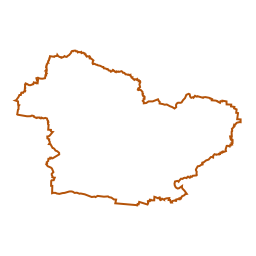 the district of Sam Chuk, Suphan Buri, Thailand
{"feature_id": "78962969B87742796188893", "entity_name": "Sam Chuk", "entity_type": "district", "adm_level": 2, "iso_a3": "THA", "parent_name": "Thailand", "parent_adm1": "Suphan Buri", "projection": "orthographic", "projection_center": [100.056, 14.761], "detail": "fine", "context": "isolated", "style": "outline", "palette": "amber", "viewbox_px": 256, "rotation_deg": 0, "n_neighbors": 0, "source": "geoboundaries", "source_scale": "gbopen_adm2", "svg_char_len": 5701}
<svg xmlns="http://www.w3.org/2000/svg" viewBox="0 0 256 256"><path d="M50.0,56.2L49.6,58.4L49.3,58.4L48.9,60.5L48.4,60.7L47.9,62.4L48.1,62.7L47.8,62.7L47.1,64.4L46.8,64.4L46.6,65.8L46.4,65.7L46.2,66.3L46.1,67.1L46.5,67.1L46.7,69.9L46.3,69.8L45.8,70.4L46.7,70.4L46.4,72.3L46.1,72.4L46.7,73.4L46.0,73.6L46.1,75.3L45.5,75.2L45.0,78.2L42.6,78.7L40.6,78.6L38.8,78.2L37.9,77.7L36.4,78.2L36.9,80.0L38.0,80.0L37.6,83.3L37.1,83.2L37.0,82.5L36.4,82.4L36.2,83.2L33.8,82.4L33.3,84.2L32.5,84.2L32.1,84.6L30.3,85.2L28.9,85.1L27.6,84.3L26.5,84.2L26.6,83.8L25.6,83.4L25.2,84.2L25.5,84.3L25.1,85.2L24.9,88.1L25.2,88.2L24.7,89.7L24.8,90.9L25.2,90.9L25.1,91.4L24.0,91.5L23.1,92.8L22.3,92.5L21.6,92.6L21.5,93.1L21.2,93.1L20.8,95.0L19.4,95.0L18.5,97.0L16.2,100.2L15.4,100.5L18.0,101.4L18.2,104.9L19.2,105.2L18.9,105.7L18.5,105.7L18.5,109.2L18.0,109.7L17.2,114.4L17.7,114.7L27.1,116.3L30.8,116.2L31.4,115.7L32.7,115.7L33.8,116.1L33.8,116.7L36.4,118.0L36.9,117.6L37.3,117.8L37.7,117.5L39.3,117.5L39.5,117.9L40.7,118.4L41.6,118.2L41.6,117.7L43.4,118.4L45.3,117.9L47.0,118.5L47.4,120.1L48.1,120.9L48.3,121.9L47.9,121.9L47.9,122.7L48.1,124.4L48.6,124.7L48.2,129.7L50.9,129.9L50.8,130.9L51.7,131.9L52.7,132.0L49.6,135.7L48.4,136.4L47.3,136.5L47.4,138.4L49.2,139.3L49.0,140.5L49.7,141.6L49.8,142.8L49.0,144.1L50.5,144.2L52.6,148.0L53.3,148.1L54.3,148.8L55.5,150.6L57.0,151.1L58.3,152.1L59.1,152.9L59.2,154.4L52.5,158.4L51.5,158.2L51.3,157.7L50.2,157.7L50.2,158.7L48.4,158.8L48.2,161.0L46.7,162.3L47.1,163.6L46.2,164.2L47.7,166.2L50.9,167.6L51.9,168.5L53.4,172.1L51.7,173.9L51.8,175.1L52.5,176.4L52.3,177.2L53.4,177.6L54.7,177.7L53.7,180.2L51.7,180.3L51.2,181.0L51.1,185.8L52.3,185.9L52.1,193.2L53.5,192.8L55.6,192.9L56.8,193.5L59.4,193.9L62.5,193.1L64.6,192.9L69.3,191.5L71.1,191.4L72.7,191.7L74.6,192.9L76.9,192.7L79.5,193.7L80.7,193.5L84.7,194.3L91.7,197.0L94.6,196.6L95.5,197.1L97.6,195.9L104.0,196.7L108.0,196.4L109.1,197.2L111.4,197.6L113.8,199.4L116.1,199.6L115.3,203.3L136.3,205.1L136.9,205.4L137.3,205.4L137.6,204.0L138.7,204.2L139.2,201.9L147.5,204.5L148.1,203.4L147.9,201.1L148.2,201.0L148.6,201.5L149.8,201.2L149.9,199.7L150.8,199.8L150.8,200.3L154.2,200.3L154.4,196.8L155.9,197.3L157.6,198.2L159.7,197.4L160.3,198.7L159.6,199.0L160.4,200.1L161.4,199.7L162.1,198.7L163.9,199.7L163.8,199.3L166.3,198.4L169.2,198.1L168.7,200.0L170.1,199.9L170.8,202.5L172.0,202.5L171.7,201.6L172.6,201.0L174.8,200.4L175.4,200.9L176.1,200.9L176.2,199.5L177.9,199.1L179.5,199.3L179.5,198.4L180.5,198.7L180.6,198.0L181.1,198.1L181.9,196.4L184.4,195.2L185.1,194.2L186.8,193.9L184.4,190.6L182.4,188.6L181.9,187.2L182.0,186.1L178.9,188.3L177.5,188.5L175.8,187.4L174.8,185.5L174.5,183.7L175.0,181.5L177.3,180.9L178.0,181.1L178.6,181.7L179.1,180.8L181.0,178.7L182.6,178.9L183.5,178.1L184.9,177.7L186.6,178.1L187.0,177.4L188.0,176.6L189.6,177.7L190.3,177.5L190.6,176.4L191.9,176.8L192.7,175.8L196.5,175.4L196.8,175.0L196.5,173.6L196.7,171.7L196.0,170.4L195.9,169.5L197.7,166.3L199.5,166.0L201.4,164.7L202.6,164.5L202.7,164.0L202.1,163.1L202.3,162.6L203.7,162.3L206.1,160.4L208.6,159.6L210.8,157.1L211.8,157.0L213.1,157.5L213.2,155.7L214.5,154.2L216.2,154.7L216.3,154.5L219.0,154.4L219.0,153.9L220.1,154.0L220.3,152.7L221.6,152.8L221.7,152.1L222.8,151.9L222.8,151.5L223.2,151.5L223.3,152.1L226.0,151.1L225.6,149.4L226.7,145.9L227.9,145.8L229.7,146.5L230.3,144.8L230.9,145.1L231.1,144.5L232.0,144.5L231.6,143.1L232.5,143.1L232.6,140.9L231.8,140.7L231.6,140.0L231.9,139.7L230.8,139.5L230.6,138.8L231.5,138.6L231.5,137.8L230.4,137.8L230.1,136.4L231.8,136.2L231.6,132.9L231.7,131.4L232.1,131.2L232.2,130.1L231.9,128.9L234.3,126.5L233.8,126.0L234.2,124.6L235.0,124.9L236.6,122.9L237.4,122.6L239.5,122.1L240.6,122.2L240.6,119.4L237.2,119.2L238.0,113.1L236.2,112.8L236.6,109.4L234.1,108.4L234.4,106.9L231.0,106.4L231.2,104.6L226.6,104.4L226.5,101.4L222.4,100.7L222.3,101.4L220.5,101.2L220.0,102.8L217.3,101.4L217.3,101.1L215.8,100.6L211.8,100.3L212.1,99.1L210.5,98.7L210.6,98.4L209.1,97.8L205.4,97.1L202.7,97.4L202.7,97.7L197.4,96.2L197.1,96.6L196.3,96.6L195.0,95.8L193.5,97.7L193.0,97.2L191.3,97.8L190.7,97.4L190.1,96.4L189.7,94.3L188.7,93.8L186.4,94.8L185.0,98.1L183.0,100.2L181.6,102.4L180.6,102.8L178.1,102.7L176.8,103.5L176.0,105.0L176.2,107.2L174.5,108.5L172.3,107.1L170.1,106.3L166.8,104.5L164.6,104.7L162.9,104.1L159.6,103.5L159.7,101.9L158.7,100.9L158.0,99.3L152.7,101.4L148.6,101.4L146.2,103.0L143.8,103.3L143.8,102.0L142.8,100.9L143.5,100.2L143.6,99.0L144.5,98.9L144.6,96.8L144.2,96.3L143.5,96.5L142.9,95.6L143.0,95.1L142.6,94.8L142.5,94.2L142.9,93.6L142.5,93.3L142.5,91.9L140.9,90.1L139.7,89.8L138.3,90.1L137.8,89.7L138.3,88.3L139.6,87.7L140.1,87.1L139.4,84.3L140.3,82.2L140.1,81.2L138.8,81.3L138.9,80.4L138.2,80.4L137.2,78.9L136.8,79.2L136.6,79.8L135.0,79.2L134.3,79.9L132.3,78.1L132.4,77.3L131.5,77.4L130.7,75.7L130.2,75.5L130.3,74.8L129.3,75.0L128.6,74.6L128.1,74.9L126.5,74.3L125.5,74.3L124.4,72.9L123.0,72.8L122.4,71.8L121.5,71.2L118.9,71.9L118.3,71.5L117.6,71.8L116.5,71.4L116.0,72.2L114.9,71.7L114.4,71.0L113.4,70.8L113.3,70.1L112.9,69.9L111.6,71.4L110.8,71.7L110.0,70.6L108.6,70.4L107.7,69.0L106.8,69.2L105.7,68.5L103.8,68.3L103.4,67.0L102.5,67.0L100.2,65.8L97.8,65.3L97.2,64.8L96.4,64.8L94.5,63.8L93.0,64.1L92.5,63.0L92.8,62.4L92.8,61.5L93.4,60.4L91.2,58.6L89.7,58.4L89.6,57.7L90.1,57.1L89.5,56.2L88.3,56.5L87.7,56.2L86.7,56.6L86.0,55.6L85.7,54.4L84.7,54.3L84.7,53.4L83.1,52.7L81.6,53.1L81.2,51.9L80.2,52.3L78.7,51.9L77.8,52.4L77.2,51.3L76.0,51.3L75.7,50.7L75.2,50.6L73.9,50.7L73.2,51.2L72.8,50.9L71.9,51.1L71.3,51.8L71.2,52.6L69.3,54.9L67.6,56.0L66.7,56.9L65.4,56.7L64.5,56.1L63.5,57.0L61.6,57.7L61.6,57.2L59.7,57.0L58.2,56.1L57.3,54.8L57.0,55.9L54.4,56.3L54.2,56.8L50.0,56.2Z" fill="none" stroke="#b45309" stroke-width="2"/></svg>